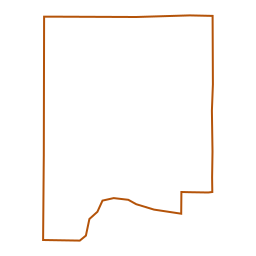 Dale, Alabama, United States of America (Mercator projection)
{"feature_id": "52423323B68047835703901", "entity_name": "Dale", "entity_type": "district", "adm_level": 2, "iso_a3": "USA", "parent_name": "United States of America", "parent_adm1": "Alabama", "projection": "mercator", "projection_center": [-85.587, 31.408], "detail": "fine", "context": "isolated", "style": "outline", "palette": "amber", "viewbox_px": 256, "rotation_deg": 0, "n_neighbors": 0, "source": "geoboundaries", "source_scale": "gbopen_adm2", "svg_char_len": 435}
<svg xmlns="http://www.w3.org/2000/svg" viewBox="0 0 256 256"><path d="M79.8,240.6L85.9,235.6L89.4,219.0L97.4,211.8L102.5,200.6L113.7,198.1L128.3,199.8L136.2,204.2L154.0,209.6L181.2,213.7L181.4,192.0L189.3,192.2L208.2,192.5L212.3,192.0L212.1,177.3L212.5,151.7L211.9,110.7L212.9,84.4L212.6,15.9L189.7,15.4L136.2,17.0L62.6,16.7L44.1,16.7L43.8,155.3L43.7,166.0L43.1,240.0L79.8,240.6Z" fill="none" stroke="#b45309" stroke-width="2"/></svg>